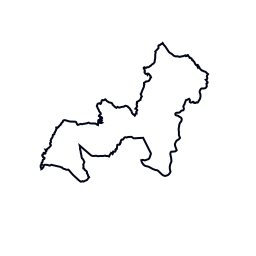 Itumbiara, Goiás, Brazil, rotated 333°
{"feature_id": "56859067B10821331858288", "entity_name": "Itumbiara", "entity_type": "district", "adm_level": 2, "iso_a3": "BRA", "parent_name": "Brazil", "parent_adm1": "Goiás", "projection": "natural_earth1", "projection_center": [-49.478, -18.376], "detail": "fine", "context": "isolated", "style": "outline", "palette": "ink", "viewbox_px": 256, "rotation_deg": 333, "n_neighbors": 0, "source": "geoboundaries", "source_scale": "gbopen_adm2", "svg_char_len": 5883}
<svg xmlns="http://www.w3.org/2000/svg" viewBox="0 0 256 256"><g transform="rotate(333 128 128)"><path d="M205.4,134.7L206.9,132.9L207.8,130.9L207.9,129.6L208.3,128.1L209.4,127.1L210.6,126.3L211.7,126.2L212.9,127.0L215.1,127.6L217.0,126.8L217.5,125.8L218.0,124.1L219.0,124.0L219.7,123.4L219.4,122.8L219.5,121.4L219.2,120.3L220.4,120.4L221.1,119.8L221.4,119.2L221.6,117.9L222.1,117.3L223.8,116.3L223.3,115.3L222.8,113.7L222.3,112.8L220.9,111.5L220.6,110.7L219.9,110.3L219.3,108.8L219.0,107.4L219.1,106.0L218.7,105.6L217.8,106.0L217.8,104.8L218.5,104.8L219.0,104.2L218.7,103.4L217.2,102.7L216.9,101.0L217.1,99.2L216.6,98.2L216.6,97.2L216.0,96.7L216.2,95.1L215.6,94.0L214.8,93.6L215.0,92.9L214.5,91.9L214.5,90.3L213.9,90.0L212.9,90.5L212.1,90.2L212.0,89.3L210.1,89.1L208.6,88.7L208.0,88.4L206.3,88.1L205.3,87.1L204.4,86.5L203.1,85.9L201.8,84.7L200.7,82.0L199.9,80.8L199.0,79.0L198.2,72.2L197.5,69.7L197.6,68.7L197.4,68.0L196.3,68.4L195.2,68.3L194.0,68.6L193.2,68.3L192.4,68.6L191.4,70.7L187.0,72.2L186.9,73.4L185.8,74.6L183.9,78.2L182.1,80.5L181.7,81.3L180.1,82.1L177.8,82.4L176.8,82.8L175.8,82.8L174.7,83.1L173.8,83.1L172.6,82.5L171.7,82.7L171.1,82.5L170.5,81.6L170.0,81.3L169.2,81.6L169.1,82.6L169.2,83.3L169.1,84.2L168.8,85.1L168.1,85.6L168.0,86.5L168.3,87.8L169.4,88.3L169.5,89.2L170.2,88.5L170.8,88.8L171.1,89.5L171.4,90.5L171.3,91.3L171.7,92.1L171.5,93.4L170.9,93.4L170.4,93.7L170.1,94.2L168.3,95.4L167.0,95.4L165.0,94.7L164.5,94.9L162.8,95.0L162.3,96.0L162.3,96.7L161.6,97.2L161.0,98.4L157.6,101.2L155.8,102.9L154.7,103.5L154.6,106.3L153.6,106.6L153.1,107.3L152.6,107.6L151.9,108.6L151.3,108.5L149.8,108.8L147.8,108.8L147.5,109.4L147.3,110.2L146.6,110.5L146.2,111.4L146.2,112.3L145.6,113.2L143.4,114.2L143.9,114.7L144.4,115.8L144.3,116.4L142.8,117.2L142.3,118.9L141.7,118.6L141.0,118.9L140.5,119.7L139.6,120.1L139.4,119.2L138.8,118.0L138.4,116.7L138.8,113.9L138.4,112.8L138.5,111.8L138.1,110.3L137.6,109.6L137.6,108.8L136.1,107.2L135.4,107.0L134.0,107.1L132.1,106.4L129.5,105.9L128.2,104.4L126.8,104.8L126.1,103.7L124.9,100.2L125.0,99.4L124.9,98.5L124.4,97.9L122.8,96.6L122.1,95.5L121.3,94.1L121.1,92.8L120.7,92.1L120.1,92.3L119.0,92.3L117.8,91.4L116.9,91.7L116.5,92.4L115.7,93.0L115.2,93.8L114.5,94.1L114.0,93.6L113.7,92.9L112.2,92.7L111.6,92.9L110.1,94.4L110.2,95.5L110.0,96.5L110.1,98.7L109.9,99.9L110.4,102.5L109.9,103.3L107.9,103.7L107.5,104.2L108.5,105.6L109.3,106.2L109.5,107.2L109.2,107.9L108.4,107.9L107.6,107.0L107.3,107.8L108.0,109.6L107.5,109.8L106.7,109.0L106.2,107.6L105.4,107.5L104.8,107.9L104.3,108.9L105.1,109.8L106.7,110.9L107.2,111.5L106.4,111.5L103.9,109.6L102.6,111.7L101.7,110.6L101.4,109.8L100.7,109.0L99.8,108.7L99.0,108.1L97.1,107.2L96.4,106.7L95.2,105.3L93.3,105.1L90.2,104.1L89.0,103.9L87.9,103.0L84.6,102.4L84.4,101.7L84.4,99.2L83.8,98.4L79.2,95.9L75.3,92.3L74.3,92.0L73.5,92.0L72.4,93.1L71.5,93.2L71.0,93.4L70.5,94.0L69.9,94.0L69.4,94.6L67.9,94.7L67.5,95.2L66.8,95.4L66.1,95.7L65.4,95.8L65.0,95.2L64.3,95.0L64.0,96.3L63.3,96.6L62.7,97.4L61.4,98.2L61.0,98.7L60.4,98.8L59.6,100.0L58.9,100.2L58.0,100.0L56.9,101.6L56.2,102.2L54.7,102.8L54.3,103.5L53.4,103.9L53.1,105.4L52.6,105.8L51.7,106.1L51.3,106.9L51.6,107.8L51.3,108.6L48.6,109.7L46.6,109.9L46.2,110.5L45.4,110.5L44.6,109.9L44.7,111.5L44.1,111.7L43.5,112.2L43.0,113.1L42.3,113.2L42.1,112.4L41.5,111.9L40.3,112.9L39.4,113.1L39.0,113.8L39.3,114.5L39.1,115.4L39.7,116.1L40.0,116.9L39.4,117.5L37.6,117.8L36.3,119.5L35.2,119.8L34.7,120.6L34.8,121.7L33.8,121.4L33.2,121.7L32.3,123.7L32.5,124.7L32.2,125.3L33.0,125.3L33.6,125.1L34.3,124.5L34.9,124.4L35.3,124.0L35.8,123.4L36.4,122.9L37.1,122.9L39.6,124.4L40.8,125.7L41.5,126.0L42.3,126.1L42.9,125.9L50.0,131.9L51.4,133.5L51.5,134.2L51.9,134.8L52.4,135.4L53.0,135.8L53.6,136.7L54.3,137.3L56.0,138.1L57.7,144.8L60.9,153.3L61.7,154.5L63.4,154.7L63.8,155.4L64.3,155.6L65.6,155.5L67.3,155.7L68.1,155.6L70.2,154.5L71.0,154.3L71.0,153.4L70.6,152.6L71.1,151.2L70.8,149.6L71.4,148.8L71.5,148.1L71.3,147.4L70.6,146.1L70.4,145.2L70.5,144.4L69.9,143.7L70.2,143.0L71.0,142.1L71.4,140.5L73.7,138.5L73.6,137.8L73.8,136.7L73.6,134.9L73.3,134.1L73.4,133.3L74.3,130.2L74.5,129.3L75.4,126.7L75.7,124.9L76.5,123.7L77.0,121.8L82.5,135.3L83.5,136.6L84.0,137.0L87.2,138.4L87.6,138.9L88.9,139.7L91.2,140.6L92.9,141.6L95.1,142.2L95.6,142.9L97.0,143.6L98.2,144.8L99.7,143.6L100.5,143.2L101.2,143.2L101.7,142.5L102.5,143.3L102.6,144.0L103.3,143.4L103.7,142.5L104.2,142.2L105.3,143.1L105.9,143.2L107.0,142.3L107.1,141.4L107.8,141.2L108.6,141.5L110.7,138.3L111.6,138.3L112.7,139.0L113.5,138.8L113.9,137.9L114.9,137.8L115.4,136.6L116.6,135.6L117.2,135.5L117.9,136.0L118.6,135.9L119.3,135.4L119.9,135.2L120.4,134.9L121.4,135.0L122.6,135.9L123.9,136.0L126.5,137.2L127.2,137.6L128.2,139.5L128.6,139.9L137.0,143.6L136.9,160.8L136.6,161.5L133.8,164.2L133.2,164.7L132.1,165.0L128.3,164.5L127.1,163.4L126.3,162.9L125.2,162.7L124.8,164.7L125.0,167.0L125.7,169.0L126.8,170.2L128.2,171.3L129.3,172.6L131.5,175.8L133.1,177.6L135.0,179.1L135.5,180.1L137.1,184.7L137.9,186.2L138.6,187.0L139.4,187.6L141.5,188.0L142.6,188.0L144.0,187.6L145.9,186.4L146.7,183.4L147.6,181.5L149.0,179.7L151.1,177.9L151.7,177.2L152.9,174.1L153.7,171.0L154.2,169.8L155.3,168.9L156.0,168.8L157.4,169.5L159.2,170.2L160.3,170.2L161.3,169.9L161.9,165.0L162.3,164.1L163.1,163.0L164.9,161.7L165.9,161.3L168.3,161.1L169.8,160.5L170.2,157.2L171.3,155.3L172.5,152.2L173.3,151.0L174.5,149.4L174.9,148.7L176.6,147.0L178.6,146.2L179.5,145.1L180.0,144.3L180.0,143.2L179.7,142.4L178.9,141.3L178.1,139.8L176.4,138.3L176.3,137.6L176.7,136.7L177.6,136.4L178.2,136.5L180.5,137.5L181.2,137.5L181.9,137.4L183.4,136.8L185.2,137.3L185.9,137.0L186.6,136.1L187.1,133.9L188.3,132.9L189.3,132.4L189.8,131.7L192.3,129.5L193.0,129.7L195.7,129.7L195.9,130.9L194.9,132.9L195.3,133.7L196.4,134.2L197.8,134.1L198.3,134.7L198.2,135.5L199.3,136.3L200.9,136.3L201.2,136.8L201.8,136.9L205.4,134.7Z" fill="none" stroke="#020617" stroke-width="2"/></g></svg>